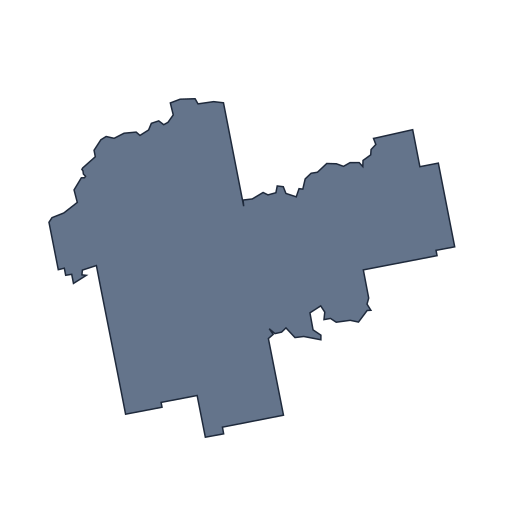 Lake, Montana, United States of America (Equal Earth projection), rotated 259°
{"feature_id": "52423323B67078871310068", "entity_name": "Lake", "entity_type": "district", "adm_level": 2, "iso_a3": "USA", "parent_name": "United States of America", "parent_adm1": "Montana", "projection": "equal_earth", "projection_center": [-114.014, 47.595], "detail": "fine", "context": "isolated", "style": "filled", "palette": "slate", "viewbox_px": 512, "rotation_deg": 259, "n_neighbors": 0, "source": "geoboundaries", "source_scale": "gbopen_adm2", "svg_char_len": 1457}
<svg xmlns="http://www.w3.org/2000/svg" viewBox="0 0 512 512"><g transform="rotate(259 256 256)"><path d="M227.1,452.8L312.4,452.7L312.4,433.9L350.1,433.9L349.0,396.3L349.0,393.8L342.6,394.9L338.6,389.3L333.4,387.9L329.4,379.3L323.4,377.9L328.0,375.1L329.7,366.1L327.3,359.0L331.2,352.5L333.3,343.1L326.5,332.3L326.7,325.9L322.3,319.0L312.7,314.7L313.9,311.1L306.4,306.8L311.7,297.3L318.8,296.0L320.7,290.2L314.3,287.6L313.7,279.4L317.0,275.1L312.7,263.2L313.4,254.0L307.2,253.4L412.6,253.3L415.6,243.9L416.4,228.1L422.0,226.2L424.4,211.4L422.6,201.1L410.3,201.7L404.0,195.1L402.5,190.5L407.2,186.3L406.2,178.6L400.2,174.6L396.5,165.1L400.5,162.0L401.7,149.9L398.6,139.2L401.9,131.7L399.7,125.9L390.7,117.2L384.1,117.2L375.5,102.7L374.2,101.6L372.6,102.4L369.4,102.2L366.8,103.9L365.5,102.6L366.1,99.5L355.6,90.0L342.7,90.8L334.9,75.5L332.6,63.1L328.6,59.2L280.3,59.3L280.6,65.5L273.4,65.5L273.2,71.6L263.9,71.6L269.4,85.7L270.7,81.5L275.3,82.9L277.1,97.5L253.2,97.5L167.0,97.8L125.6,97.8L125.5,134.9L130.4,134.9L130.3,171.6L87.8,171.7L87.6,190.3L94.4,190.4L94.5,252.6L172.6,252.4L175.8,257.9L182.1,255.1L176.2,259.8L176.4,266.6L179.7,271.7L168.5,278.7L167.9,287.5L161.4,303.7L165.9,304.6L172.6,297.9L189.9,298.1L194.7,310.0L187.8,312.8L180.6,310.6L180.5,317.2L175.7,322.1L174.9,336.2L171.6,344.0L181.3,354.7L180.8,358.4L187.6,355.8L193.2,358.6L221.9,358.7L221.8,433.8L227.2,433.8L227.1,452.8Z" fill="#64748b" stroke="#1e293b" stroke-width="1.5"/></g></svg>